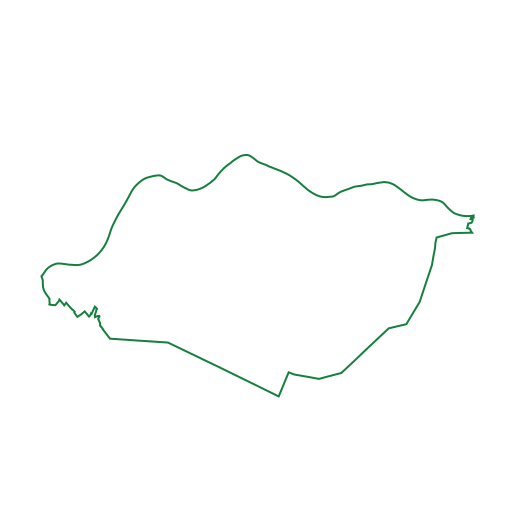 Land van Cuijk, Noord-Brabant, Netherlands, rotated 306°
{"feature_id": "6326949B56936528103985", "entity_name": "Land van Cuijk", "entity_type": "district", "adm_level": 2, "iso_a3": "NLD", "parent_name": "Netherlands", "parent_adm1": "Noord-Brabant", "projection": "orthographic", "projection_center": [5.851, 51.664], "detail": "fine", "context": "isolated", "style": "outline", "palette": "green", "viewbox_px": 512, "rotation_deg": 306, "n_neighbors": 0, "source": "geoboundaries", "source_scale": "gbopen_adm2", "svg_char_len": 5780}
<svg xmlns="http://www.w3.org/2000/svg" viewBox="0 0 512 512"><g transform="rotate(306 256 256)"><path d="M132.3,98.9L129.7,97.1L128.4,96.4L127.1,95.8L125.8,95.3L124.5,94.9L123.2,94.6L121.9,94.4L120.6,94.3L119.3,94.4L116.7,94.5L115.4,94.5L114.1,94.4L113.6,94.3L110.9,97.9L109.8,98.6L109.0,99.3L108.0,100.1L106.1,101.6L105.3,102.4L104.5,103.4L103.8,104.4L103.4,105.0L103.0,105.9L102.6,106.7L102.3,107.4L101.7,109.0L101.3,110.3L101.0,111.0L100.9,111.5L100.5,112.8L100.0,113.9L100.0,114.1L98.7,114.9L97.7,115.8L96.6,116.8L95.3,117.3L95.5,118.0L96.5,119.7L98.3,122.6L99.2,122.7L101.8,122.8L102.3,122.9L102.6,122.9L103.2,123.0L103.5,123.0L104.1,122.9L104.9,122.7L105.2,122.6L104.7,124.9L103.9,127.9L103.4,129.9L106.6,129.9L105.8,133.2L104.7,138.6L104.8,138.8L104.4,142.0L103.4,142.3L103.2,143.1L103.0,143.5L102.2,145.7L102.0,146.5L101.8,147.2L102.7,147.6L105.7,148.8L107.9,149.3L110.5,150.0L108.9,156.5L110.1,156.7L110.6,156.7L110.9,156.7L111.2,156.6L112.1,156.4L112.0,156.6L112.1,156.9L112.3,157.0L120.3,155.4L119.9,158.2L119.8,158.3L119.6,158.0L116.9,159.3L113.6,160.3L111.9,161.7L112.2,161.9L114.0,162.9L114.1,163.0L115.2,164.4L115.3,164.5L115.2,164.7L115.2,164.8L114.9,164.9L114.8,165.0L114.4,165.0L114.2,165.0L113.0,165.2L112.7,165.3L112.4,165.3L112.0,165.7L111.8,166.1L111.8,166.3L111.7,166.4L111.5,166.9L111.4,167.0L111.1,167.4L111.1,167.6L110.9,167.9L110.8,168.0L110.4,168.5L110.3,168.8L110.3,169.0L110.2,169.3L109.7,169.6L109.4,169.8L109.2,169.9L109.1,170.1L108.6,170.4L108.4,170.4L108.3,170.5L108.2,170.8L107.9,171.2L107.8,171.3L107.9,171.6L107.9,171.8L107.8,172.0L107.8,172.3L107.7,172.4L107.6,172.5L107.7,172.8L107.5,173.0L107.4,173.5L107.2,174.3L107.2,174.5L106.8,174.6L103.3,186.5L129.5,228.2L134.2,235.6L135.0,239.9L141.2,274.0L143.3,285.6L144.7,293.1L144.7,293.3L146.0,300.7L155.4,354.9L155.5,355.6L155.8,356.9L181.1,350.8L182.6,356.6L189.0,369.6L193.6,379.2L199.2,383.7L211.3,393.6L211.6,393.8L227.5,396.9L240.8,399.3L247.3,400.5L275.5,405.9L289.2,417.7L315.1,415.4L330.4,410.5L352.0,403.7L360.9,399.3L367.4,396.3L372.3,393.3L376.2,391.7L377.1,391.2L389.7,401.2L401.9,417.1L402.4,415.3L403.1,414.2L403.5,413.8L403.5,413.7L403.4,413.4L403.4,413.2L403.5,413.0L403.6,412.9L403.7,412.6L403.3,412.1L403.3,411.7L402.7,410.5L403.8,410.2L404.3,409.6L405.7,409.3L406.6,408.8L407.0,408.6L407.1,408.8L407.8,409.4L408.3,409.8L409.2,410.5L409.4,410.7L409.5,410.8L410.2,410.8L411.4,410.6L413.3,409.6L412.5,408.7L412.0,408.1L411.9,407.9L413.6,407.4L414.3,408.4L415.2,409.4L415.5,409.0L416.7,408.2L415.0,406.7L413.7,405.1L412.8,403.9L411.9,402.7L410.7,400.7L410.0,399.5L409.5,398.4L409.1,397.5L408.2,395.1L407.4,392.3L407.2,391.5L407.2,391.2L407.1,390.8L407.1,389.7L407.2,387.6L407.4,385.5L407.5,384.5L407.7,383.3L408.1,381.0L408.7,378.7L408.9,377.4L409.1,375.7L409.0,374.6L408.9,373.7L408.7,372.8L408.0,370.7L407.4,369.4L407.1,368.7L406.7,367.9L406.1,366.8L405.3,365.5L405.0,365.1L403.3,362.9L402.7,362.3L402.1,361.5L400.1,359.4L399.1,358.3L397.8,356.3L396.9,354.4L396.2,352.6L395.7,350.8L395.2,348.8L394.9,346.9L394.7,344.5L394.6,343.3L394.6,342.4L394.7,339.7L394.7,338.2L394.7,337.3L394.9,334.1L394.9,332.6L394.9,327.1L394.8,326.5L394.7,325.1L394.6,324.6L394.2,323.0L393.9,321.9L393.6,320.8L393.5,320.5L393.0,319.5L391.7,317.1L391.2,316.3L391.0,316.0L390.2,315.2L387.2,312.1L386.0,310.9L383.5,308.7L382.7,308.0L381.9,307.1L380.6,305.6L380.0,304.8L379.6,304.2L379.0,303.6L378.0,302.7L374.5,299.7L372.5,297.5L370.7,295.7L369.8,294.8L369.5,294.6L365.3,291.9L360.7,288.7L360.0,288.3L359.7,288.0L357.0,286.4L356.7,286.3L355.6,285.8L354.5,285.5L350.7,284.1L350.4,283.9L349.6,283.4L348.8,282.7L348.2,282.0L347.6,281.2L345.5,278.9L345.0,278.3L344.2,277.3L343.8,276.6L342.9,275.1L342.1,273.5L341.7,272.3L341.4,271.6L340.9,269.6L340.7,268.6L340.4,266.5L340.2,265.0L340.1,263.6L340.0,262.3L340.0,260.9L340.0,259.0L340.1,257.7L340.4,253.8L340.5,252.6L340.9,249.0L341.1,246.4L341.2,243.7L341.2,241.1L341.1,238.5L341.0,235.9L340.7,233.3L340.3,231.1L339.7,228.1L339.2,225.5L338.2,221.8L337.8,220.3L336.6,215.6L336.4,215.1L336.3,214.5L336.1,213.9L335.8,212.0L335.4,210.0L334.2,205.9L333.9,204.7L333.5,202.6L333.4,201.5L333.4,200.4L333.6,198.1L333.6,197.4L333.6,194.9L333.6,193.6L333.5,192.6L333.3,191.3L332.8,189.9L332.7,189.6L332.2,189.0L331.6,188.2L330.8,187.3L329.6,186.2L328.6,185.4L327.4,184.7L327.0,184.5L324.4,183.4L321.8,182.3L319.1,181.4L316.9,180.9L316.4,180.8L315.1,180.3L313.6,179.8L311.4,179.2L308.6,178.5L307.9,178.4L303.7,177.8L300.5,177.5L295.1,177.4L293.8,177.3L289.7,176.3L288.5,176.0L287.2,175.5L282.6,173.9L281.4,173.4L280.4,172.9L277.4,171.2L275.9,170.1L274.4,168.9L274.1,168.6L273.1,167.6L271.9,166.4L271.0,165.1L270.4,163.7L269.9,162.1L269.9,161.9L269.8,160.9L269.7,160.3L269.6,159.8L269.3,158.3L269.2,157.8L269.1,156.8L268.7,153.9L268.6,152.0L268.4,149.7L268.3,148.7L268.0,147.9L266.5,143.0L265.6,138.9L265.5,137.3L265.5,135.1L265.3,132.8L265.1,131.9L264.7,130.8L263.5,129.2L262.1,127.7L260.2,125.8L258.5,124.4L258.1,124.0L257.5,123.6L256.2,122.5L255.3,121.8L253.6,120.8L253.0,120.4L251.7,119.8L251.1,119.6L250.4,119.3L246.5,118.2L245.2,117.9L243.9,117.7L242.6,117.5L241.3,117.3L240.0,117.2L238.7,117.2L237.4,117.2L236.1,117.3L234.8,117.4L230.9,118.0L227.0,118.5L223.1,119.0L219.2,119.4L210.1,120.1L207.5,120.4L203.6,120.9L199.7,121.6L195.8,122.3L193.2,122.9L190.6,123.7L188.0,124.5L186.7,125.0L185.4,125.4L182.8,126.1L181.5,126.4L180.2,126.7L178.9,127.0L176.3,127.3L175.0,127.5L173.7,127.6L171.1,127.6L169.8,127.6L167.2,127.4L165.9,127.3L163.3,126.9L162.0,126.6L160.7,126.3L159.4,125.9L158.1,125.5L156.8,125.1L155.5,124.6L154.2,124.1L152.9,123.5L151.6,122.8L150.3,122.1L149.0,121.4L147.7,120.5L146.4,119.6L145.2,118.5L144.1,117.4L142.6,115.3L138.9,109.5L137.6,107.0L135.4,103.0L134.6,101.7L133.7,100.4L132.3,98.9Z" fill="none" stroke="#15803d" stroke-width="2"/></g></svg>